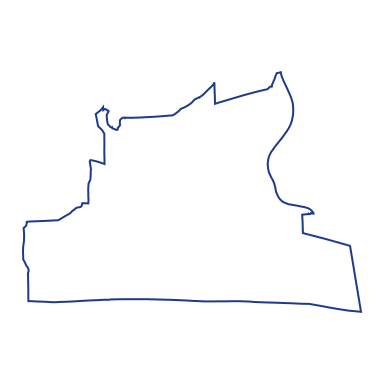 outline of Amuwo Odofin, Lagos, Nigeria
{"feature_id": "59680162B96890005302109", "entity_name": "Amuwo Odofin", "entity_type": "district", "adm_level": 2, "iso_a3": "NGA", "parent_name": "Nigeria", "parent_adm1": "Lagos", "projection": "natural_earth1", "projection_center": [3.271, 6.447], "detail": "fine", "context": "isolated", "style": "outline", "palette": "blue", "viewbox_px": 384, "rotation_deg": 0, "n_neighbors": 0, "source": "geoboundaries", "source_scale": "gbopen_adm2", "svg_char_len": 3813}
<svg xmlns="http://www.w3.org/2000/svg" viewBox="0 0 384 384"><path d="M313.5,213.1L312.1,211.1L310.2,209.4L308.5,208.4L308.1,208.2L304.4,207.1L300.6,206.4L296.7,205.6L294.4,205.2L292.3,204.8L291.2,204.6L290.9,204.5L290.5,204.6L288.3,204.2L286.5,203.4L283.0,202.0L280.3,199.6L278.5,197.2L277.5,195.2L276.0,191.7L275.9,190.8L275.8,190.7L275.4,188.0L274.5,184.6L273.8,182.3L272.6,179.8L270.9,176.8L270.1,174.9L269.5,173.5L269.4,173.4L269.0,172.5L268.1,168.7L267.8,165.6L267.7,163.9L267.9,161.8L268.2,160.3L268.2,160.1L268.2,159.5L268.7,157.5L269.3,155.9L270.4,153.4L271.5,151.5L272.9,149.7L273.8,148.3L274.4,147.4L283.0,136.6L284.9,133.8L286.9,131.1L288.8,128.1L290.5,124.6L291.9,120.7L292.9,115.7L293.2,113.0L293.2,108.0L293.1,106.7L292.9,104.5L292.5,102.1L291.3,98.1L289.4,93.5L287.6,89.5L285.5,85.0L283.6,81.0L282.8,79.0L282.6,78.6L281.6,76.1L280.7,72.2L279.4,72.6L277.9,73.0L276.7,73.2L275.6,75.8L274.6,78.9L273.1,82.3L272.1,84.6L272.0,85.2L271.9,86.6L271.6,86.7L270.4,86.6L270.1,86.7L269.4,87.3L267.9,88.9L267.5,89.2L263.0,90.2L255.2,92.1L243.3,95.3L239.0,96.6L234.6,97.9L218.8,102.6L215.0,103.8L214.9,100.0L214.8,95.5L214.5,87.8L214.4,82.4L213.3,84.6L211.7,86.3L208.0,89.8L202.7,95.1L200.8,96.4L199.9,96.9L199.6,97.4L199.4,97.2L198.4,97.6L197.1,98.3L194.5,99.6L193.6,100.6L192.9,101.3L192.1,102.3L191.6,102.7L190.7,103.5L187.5,105.7L183.9,107.6L182.2,108.3L180.7,109.0L179.2,110.6L178.2,111.6L176.5,112.8L175.8,113.4L175.1,113.9L174.8,114.2L172.5,115.4L170.6,115.5L168.0,115.7L164.6,116.0L159.6,116.4L156.6,116.6L155.5,116.7L148.0,117.1L138.0,117.6L131.4,117.8L125.8,117.7L124.8,118.1L124.6,117.6L122.4,117.8L120.8,119.2L120.0,120.2L119.8,123.5L120.1,124.8L119.3,126.3L118.3,127.3L117.8,127.9L117.7,129.5L117.4,129.8L116.3,129.9L114.2,128.9L112.4,128.3L112.1,127.8L112.0,127.2L111.4,127.4L110.5,127.1L109.7,126.1L107.9,124.4L107.4,122.2L107.0,119.6L106.7,115.2L106.8,114.6L108.6,111.4L108.3,110.6L107.2,110.4L106.2,109.5L105.2,109.0L104.2,109.4L103.3,110.1L103.1,107.2L101.6,109.2L99.9,110.8L97.1,113.0L95.8,114.0L95.7,114.1L96.4,117.2L97.3,121.9L97.9,125.3L98.1,126.0L99.1,127.3L100.6,128.5L102.3,130.4L104.3,133.7L104.3,137.3L104.4,142.9L104.3,152.5L104.5,160.8L104.5,164.0L99.9,162.4L95.9,161.2L92.3,160.4L90.4,160.1L89.8,161.2L89.8,161.4L89.7,161.8L89.8,162.0L90.1,163.5L90.7,167.6L91.0,169.7L90.7,171.2L90.7,174.6L90.5,178.1L90.5,178.6L90.2,180.1L89.5,181.5L88.6,183.2L88.6,183.3L88.2,189.1L88.3,192.9L88.3,195.9L88.5,200.2L88.3,203.4L84.9,203.3L82.3,203.2L82.3,203.3L81.8,205.5L81.4,206.2L80.4,207.0L79.8,207.2L78.5,207.3L76.6,207.8L75.3,208.6L74.5,209.5L73.1,210.4L71.8,211.5L70.2,213.2L69.0,214.0L66.4,215.4L63.0,217.4L58.9,219.9L58.1,220.3L54.4,220.4L49.2,220.7L40.5,221.1L30.0,221.5L26.8,221.8L26.8,223.3L26.4,224.7L25.8,226.1L24.5,227.3L23.6,228.0L24.0,232.3L24.1,236.8L24.0,240.8L23.5,244.4L23.1,247.4L23.0,252.6L23.2,256.2L23.2,258.4L23.3,259.7L24.8,262.2L25.6,264.0L26.5,266.0L27.4,267.0L28.2,268.4L28.6,269.9L28.5,271.6L28.2,272.4L28.0,272.9L28.0,273.0L28.1,278.4L28.2,285.4L28.3,288.4L28.3,296.7L28.4,301.1L32.4,301.2L36.9,301.5L41.4,301.6L45.9,301.8L51.9,302.2L55.7,302.2L60.7,301.9L65.1,301.8L70.1,301.6L75.6,301.3L81.3,300.9L88.5,300.5L93.8,300.3L100.3,300.0L104.4,299.7L108.4,299.8L111.5,299.4L123.2,299.2L147.3,299.2L170.1,299.8L184.7,300.4L193.2,300.9L198.1,301.1L204.1,301.4L209.3,301.4L214.9,301.4L219.1,301.3L227.2,301.3L232.6,301.2L236.6,301.2L240.1,301.2L244.2,301.4L248.3,301.5L254.6,302.0L264.6,302.4L275.4,302.7L286.3,303.1L289.9,303.2L302.5,303.8L306.8,303.8L309.1,303.9L313.9,304.7L322.4,306.2L333.7,308.3L347.4,310.5L361.0,311.8L350.1,246.2L349.8,245.8L325.0,238.8L302.9,233.1L302.6,222.6L302.2,214.7L302.8,214.6L308.2,214.1L308.4,213.7L308.9,214.2L310.5,214.0L311.0,213.0L312.3,213.3L313.0,213.6L313.5,213.7L313.5,213.1Z" fill="none" stroke="#1e3a8a" stroke-width="2"/></svg>